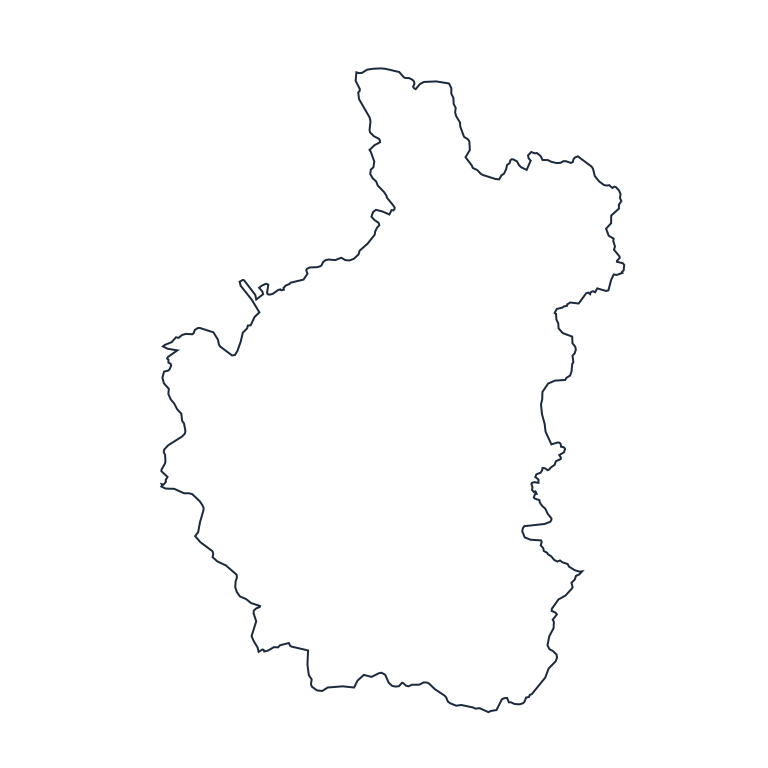 Sakaraha, Atsimo-Andrefana, Madagascar (Natural Earth projection), rotated 97°
{"feature_id": "10022922B49716742274905", "entity_name": "Sakaraha", "entity_type": "district", "adm_level": 2, "iso_a3": "MDG", "parent_name": "Madagascar", "parent_adm1": "Atsimo-Andrefana", "projection": "natural_earth1", "projection_center": [44.417, -22.83], "detail": "fine", "context": "isolated", "style": "outline", "palette": "slate", "viewbox_px": 768, "rotation_deg": 97, "n_neighbors": 0, "source": "geoboundaries", "source_scale": "gbopen_adm2", "svg_char_len": 6136}
<svg xmlns="http://www.w3.org/2000/svg" viewBox="0 0 768 768"><g transform="rotate(97 384 384)"><path d="M697.0,240.3L695.6,238.4L693.9,232.6L682.6,228.6L681.1,226.2L680.6,223.6L684.7,221.3L684.5,219.2L685.7,215.3L685.4,210.3L683.9,207.1L682.4,205.9L677.9,204.7L677.0,202.0L674.8,201.4L673.8,199.5L655.8,188.2L646.3,185.9L638.3,179.8L634.4,178.9L631.5,179.8L628.5,183.7L627.0,187.5L623.4,189.9L614.2,189.2L605.6,185.9L599.4,186.4L597.3,187.8L591.6,184.3L590.0,185.9L588.8,189.9L586.6,190.0L576.6,184.6L571.9,178.1L564.6,172.9L562.7,172.0L558.4,173.7L554.8,170.8L551.1,170.1L549.1,166.9L545.8,164.5L546.4,167.1L545.6,171.9L542.8,178.0L540.3,179.8L539.2,185.3L537.7,187.8L539.1,190.3L537.9,193.6L534.6,197.1L533.0,200.6L531.7,201.4L530.3,205.0L527.6,205.9L525.0,208.8L521.6,208.2L520.1,209.0L520.7,219.6L519.1,225.6L513.2,228.9L510.2,228.6L508.0,227.4L503.4,207.7L500.5,202.2L498.4,201.3L497.0,201.4L493.0,205.6L488.0,208.8L485.7,212.2L482.6,215.0L480.4,215.5L479.4,220.2L478.4,221.5L474.9,220.7L474.4,219.1L472.1,220.6L473.0,222.1L471.2,224.1L468.2,224.1L465.3,225.5L464.1,225.1L463.1,222.9L463.3,218.7L459.9,219.1L457.9,222.5L455.0,221.7L453.0,217.8L450.4,216.5L448.1,216.4L448.0,214.0L449.6,211.0L448.5,209.4L446.8,208.5L443.3,204.7L439.7,204.0L437.0,199.5L435.3,199.5L433.2,201.4L429.9,197.1L427.5,196.5L426.1,196.5L424.9,197.8L424.7,200.6L421.9,201.4L420.9,202.6L420.9,204.6L423.5,210.5L411.7,217.8L404.0,219.7L394.7,223.5L385.1,225.7L379.9,225.1L372.6,225.8L363.5,221.1L359.8,214.7L357.9,204.7L355.7,203.7L352.9,200.3L349.1,199.4L341.0,199.6L339.6,198.7L332.9,200.3L330.3,198.5L326.6,197.8L323.7,198.7L320.6,201.9L314.0,203.0L311.7,212.8L307.5,217.5L302.4,218.5L299.1,220.7L293.5,221.8L292.7,223.3L288.4,221.6L286.5,216.3L285.2,215.0L284.0,211.8L282.7,211.9L280.4,209.1L280.4,200.6L269.3,194.4L268.5,192.5L269.7,190.3L267.8,190.2L266.4,187.9L267.2,185.6L263.1,184.0L264.6,174.8L263.7,172.7L252.9,171.2L247.3,169.4L247.4,166.4L244.7,160.9L244.0,161.6L242.0,160.0L236.5,160.1L235.0,161.8L234.3,167.7L233.4,167.8L230.1,165.4L228.8,165.7L222.7,172.1L219.4,171.5L214.1,173.9L211.7,173.8L209.5,179.0L202.8,182.5L196.8,178.2L189.1,179.0L181.3,172.2L177.4,172.7L173.5,170.7L170.8,172.4L166.5,172.4L163.2,174.4L160.2,178.0L160.1,179.5L161.6,181.2L159.2,184.7L159.9,187.0L159.7,189.9L156.6,195.3L151.9,200.1L144.7,202.9L142.9,204.5L134.4,219.4L135.8,221.9L137.7,223.3L140.6,223.6L141.8,225.4L140.7,230.6L141.0,233.1L143.0,235.8L143.7,239.7L143.0,245.3L141.8,248.5L142.3,254.0L138.9,256.1L137.2,258.5L136.1,260.4L136.7,262.4L135.8,266.1L139.5,268.9L142.5,267.9L144.4,265.6L154.1,268.5L152.2,274.2L150.5,276.5L146.8,279.2L145.3,283.1L145.4,284.7L146.4,285.7L149.5,286.3L151.8,288.6L155.8,288.9L160.6,290.5L162.6,292.9L166.9,294.6L166.9,298.5L164.5,311.3L163.7,313.4L160.3,317.5L158.7,322.2L156.4,323.5L149.0,330.7L141.2,327.3L132.7,328.9L130.8,330.6L129.1,334.4L127.8,335.3L119.1,339.7L115.2,340.4L109.4,345.0L105.8,346.5L101.2,346.5L97.5,349.0L91.5,350.0L87.6,352.6L82.2,353.2L77.8,356.1L77.3,368.9L79.3,381.1L81.9,384.9L87.5,388.5L86.8,390.2L85.4,391.3L82.1,390.4L80.0,391.2L78.6,392.8L77.3,396.4L77.7,400.1L77.1,401.8L72.5,406.9L71.0,420.7L71.1,425.4L72.4,433.1L74.0,438.9L78.0,444.0L78.5,446.8L78.0,449.4L86.5,449.1L94.3,443.9L96.2,443.9L97.8,445.1L104.3,443.5L121.1,430.8L125.0,429.4L133.6,429.3L136.0,428.5L139.3,424.2L141.4,418.6L143.0,417.7L144.5,417.4L148.2,422.6L153.5,426.9L155.0,425.5L164.3,420.8L170.1,420.9L172.9,423.2L177.2,423.3L181.3,420.2L184.0,416.4L187.8,414.4L193.6,407.2L197.1,404.3L198.5,404.0L206.2,396.0L207.7,394.9L209.4,395.0L210.6,396.0L210.5,397.7L215.1,399.3L212.9,406.8L212.1,413.2L214.6,415.8L219.5,416.9L222.5,413.3L224.7,409.0L227.1,408.0L229.4,409.8L233.8,411.4L236.9,411.4L247.0,417.6L254.7,424.5L258.4,425.0L263.4,429.2L265.5,433.1L265.7,435.2L265.7,437.6L263.9,441.8L267.0,447.6L267.2,454.1L268.1,457.0L270.3,459.3L274.0,460.5L274.9,461.6L276.2,464.7L277.3,471.7L279.1,474.6L280.5,475.1L283.8,473.4L290.2,476.6L294.8,489.0L296.3,490.1L298.3,493.6L300.9,495.4L302.6,494.9L303.5,497.4L302.7,498.4L303.7,500.6L308.1,505.4L309.3,508.6L309.0,510.5L307.7,511.2L299.6,510.9L298.8,512.9L299.2,513.8L301.3,517.3L303.7,519.7L306.9,516.1L309.6,514.9L315.7,521.1L311.3,522.6L298.1,535.5L297.9,536.8L300.1,539.8L304.0,538.2L316.4,525.6L328.1,516.4L333.2,520.6L342.0,523.5L342.6,526.3L345.4,526.6L350.3,530.4L359.6,531.4L369.3,533.6L373.3,535.4L374.2,538.2L366.7,551.3L364.7,552.8L360.4,554.1L353.5,559.6L350.8,573.8L351.2,575.6L353.4,578.4L356.8,579.1L358.0,580.3L358.4,586.7L360.0,590.5L363.2,593.4L363.0,596.2L368.4,599.9L371.9,606.3L373.6,608.0L375.4,603.0L375.8,593.2L383.6,601.8L385.2,602.4L386.1,600.9L389.0,600.6L390.0,598.2L391.8,597.5L395.5,598.6L397.0,599.8L398.5,603.8L404.8,604.7L410.2,602.5L415.0,597.0L420.2,596.8L425.3,593.8L428.9,589.9L434.3,586.2L438.1,581.6L445.1,579.9L447.5,577.7L454.8,575.4L457.5,575.6L460.6,577.9L471.2,590.8L475.7,594.1L478.3,594.4L480.9,592.7L487.4,591.5L489.7,591.7L496.1,594.4L497.7,594.3L502.6,587.5L505.9,589.0L507.6,588.5L510.8,590.6L510.5,592.5L511.6,591.8L512.9,592.5L514.4,588.1L513.6,579.5L516.8,569.2L516.2,564.3L516.7,560.9L522.7,552.7L526.5,549.4L529.1,547.9L531.3,547.8L543.7,549.8L553.8,550.4L558.0,552.9L563.4,547.0L570.9,533.8L573.9,532.7L576.7,533.1L580.4,527.8L583.3,518.9L591.2,507.1L593.9,506.4L597.9,507.2L603.7,506.9L608.3,504.8L612.4,501.1L614.3,494.6L617.6,489.3L619.5,480.0L620.6,480.3L622.2,483.4L624.7,485.6L627.5,485.5L635.1,481.9L650.3,484.7L654.5,482.4L660.9,477.4L665.1,475.8L662.3,472.2L662.6,471.0L664.1,470.3L662.8,466.8L658.6,461.2L658.3,457.0L656.0,455.4L652.7,446.9L655.3,445.2L655.9,443.8L657.7,426.9L671.8,425.8L682.0,423.2L686.0,419.8L691.0,419.9L693.3,418.6L696.3,413.1L696.2,407.9L692.1,402.9L689.1,388.1L688.9,376.7L681.6,374.1L675.2,368.6L676.2,360.7L671.7,353.8L670.9,351.3L672.5,347.3L680.0,342.9L682.7,339.0L682.9,335.5L682.1,332.3L678.3,329.7L678.6,328.3L680.7,325.5L681.1,323.0L679.1,319.5L678.2,312.5L675.3,308.1L675.1,304.9L676.0,302.5L680.6,296.5L686.1,285.6L687.5,284.1L691.4,281.9L692.9,279.2L694.5,273.1L693.2,268.2L694.2,256.1L695.1,253.6L694.1,249.7L697.0,240.3Z" fill="none" stroke="#1e293b" stroke-width="2"/></g></svg>